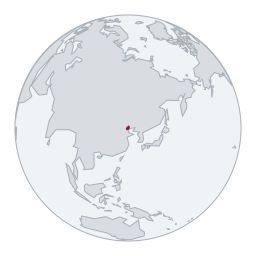 Tianjin on an orthographic globe, rotated 24°
{"feature_id": "CHN-1816", "entity_name": "Tianjin", "entity_type": "Municipality", "adm_level": 1, "iso_a3": "CHN", "parent_name": "China", "parent_adm1": "", "projection": "orthographic", "projection_center": [117.372, 39.408], "detail": "fine", "context": "on_globe", "style": "filled", "palette": "rose", "viewbox_px": 256, "rotation_deg": 24, "n_neighbors": 0, "source": "natural_earth", "source_scale": "10m", "svg_char_len": 11713}
<svg xmlns="http://www.w3.org/2000/svg" viewBox="0 0 256 256"><g transform="rotate(24 128 128)"><circle cx="128" cy="128" r="113" fill="#eef3f6" stroke="#a8b0b8"/><path d="M224.1,183.7L224.0,184.2L223.9,184.3L224.1,183.7ZM205.9,46.7L206.6,47.4L203.7,45.9L194.3,40.8L194.4,39.9L192.1,39.0L191.9,40.2L192.4,41.3L184.4,42.1L182.6,48.6L185.7,52.7L182.1,50.5L190.7,59.9L192.1,66.0L188.2,57.9L186.0,56.3L185.8,59.7L183.5,58.8L182.1,60.0L179.4,58.7L177.3,54.4L175.5,53.6L175.5,56.1L172.7,56.6L173.0,53.0L168.3,53.5L163.9,47.1L167.0,39.7L162.2,36.1L159.3,28.6L157.3,28.7L154.9,26.3L151.6,25.6L152.0,24.7L149.1,25.0L149.4,25.9L148.2,26.5L146.3,26.2L146.4,24.9L147.4,24.8L146.5,24.4L147.4,23.9L145.9,24.0L146.3,22.6L143.1,23.6L141.1,22.3L142.1,21.5L145.6,22.0L156.7,22.3L158.8,22.2L158.3,21.2L149.6,18.1L150.5,17.9L149.0,17.4L146.8,17.1L147.3,17.5L142.9,17.1L144.0,17.9L142.4,18.0L142.0,18.9L138.1,18.4L134.6,17.5L134.7,16.8L133.2,16.5L129.9,17.0L127.1,15.9L119.9,15.8L119.6,15.7L124.0,15.4L132.1,15.4L140.3,16.0L148.4,17.2L156.4,19.0L164.3,21.4L171.9,24.3L179.3,27.7L186.5,31.7L193.3,36.2L199.8,41.2L205.9,46.7ZM234.4,103.4L233.5,101.6L234.1,101.5L234.4,103.4ZM232.9,101.4L233.2,101.8L232.9,101.7L232.9,101.4ZM232.7,101.9L232.8,101.6L232.7,102.1L232.7,101.9ZM232.5,102.8L232.5,102.2L232.6,102.3L232.5,102.8ZM231.8,103.5L231.6,103.6L231.6,102.9L231.8,103.5ZM192.9,42.0L192.2,40.4L193.2,39.8L194.1,41.1L192.9,42.0ZM190.7,43.7L189.7,42.5L192.3,43.2L192.0,43.7L190.7,43.7ZM188.5,56.0L188.4,54.2L189.3,56.3L188.5,56.0ZM182.4,60.4L183.2,61.3L182.1,61.6L182.4,60.4ZM144.1,19.2L143.1,19.0L143.7,18.9L144.1,19.2ZM144.9,19.8L146.4,19.8L147.0,20.0L146.1,20.0L144.9,19.8ZM177.0,59.9L175.0,60.3L176.6,59.1L177.0,59.9ZM143.0,19.8L147.9,20.6L148.9,21.1L146.3,21.7L143.0,19.8ZM173.7,60.0L169.0,61.1L170.3,63.0L163.9,58.6L170.0,58.9L171.8,57.2L172.0,59.0L173.7,60.0ZM150.3,26.4L149.9,25.3L151.9,26.5L150.3,26.4ZM151.9,27.0L159.9,30.4L159.5,32.1L156.9,30.5L157.8,33.0L153.7,32.2L152.3,30.6L153.3,29.6L150.9,30.1L151.9,27.0ZM161.1,56.0L159.7,55.8L160.8,55.3L161.1,56.0ZM147.9,26.8L149.5,27.2L149.3,28.6L146.0,28.0L147.1,27.7L147.9,26.8ZM160.1,34.2L159.3,35.3L155.8,34.8L155.0,35.2L153.5,32.3L160.1,34.2ZM146.2,27.3L144.3,27.7L142.6,26.8L146.2,26.4L146.2,27.3ZM150.7,29.3L150.4,30.0L149.5,29.4L150.7,29.3ZM135.8,24.3L137.8,24.7L137.9,25.4L135.8,24.3ZM143.6,27.9L144.2,28.2L144.5,28.6L142.9,28.7L143.6,27.9ZM151.1,32.2L149.8,31.9L151.6,33.4L149.0,33.3L148.5,31.4L147.6,32.1L146.8,32.1L147.3,30.7L151.1,32.2ZM142.0,30.0L140.5,27.8L136.8,26.9L136.7,26.2L142.6,27.8L142.0,30.0ZM145.1,30.5L143.2,30.0L143.9,29.2L145.7,29.1L145.1,30.5ZM147.4,33.9L151.5,34.6L151.5,35.0L147.4,33.9ZM140.8,29.9L141.2,30.4L140.5,29.9L140.8,29.9ZM145.2,32.8L146.6,32.9L146.6,33.4L145.2,32.8ZM140.8,31.4L140.3,30.7L141.5,30.5L140.8,31.4ZM142.7,32.2L142.2,32.8L142.2,30.9L143.3,32.1L142.7,32.2ZM144.9,33.2L145.3,33.5L144.3,33.1L144.9,33.2ZM136.5,32.5L136.2,30.3L138.9,29.9L138.8,32.1L136.5,32.5ZM51.5,45.3L47.9,49.1L42.8,57.8L41.5,59.7L38.5,62.2L31.7,75.2L33.9,74.7L31.4,85.0L32.0,90.1L38.7,84.8L37.6,76.3L41.1,71.5L44.8,75.4L46.3,83.4L47.6,81.8L49.7,74.3L53.2,74.0L50.8,71.6L49.5,74.2L48.0,72.9L49.1,70.6L50.3,70.4L50.7,67.7L45.1,69.4L43.1,72.2L42.3,67.2L39.0,71.5L37.7,71.4L42.9,64.2L44.7,62.8L51.8,53.4L49.8,54.3L43.0,63.4L43.7,61.6L40.9,63.4L43.6,60.7L51.6,50.9L53.0,47.1L49.4,47.8L51.3,45.6L55.3,41.9L62.0,37.3L57.0,42.8L59.3,41.6L64.9,37.6L62.9,39.8L64.6,38.9L63.1,41.1L65.6,41.9L64.8,44.0L70.1,42.4L70.4,43.4L67.2,44.0L64.5,45.7L63.1,51.6L64.1,52.2L67.6,50.8L66.8,52.8L70.4,50.7L71.8,53.7L73.2,48.4L77.5,47.0L80.6,48.0L82.3,46.7L77.1,45.2L74.8,45.5L72.4,47.2L66.4,47.8L66.0,46.3L73.3,42.4L73.5,39.9L79.1,38.4L89.5,42.8L91.7,45.9L86.0,54.1L83.0,54.0L83.6,51.0L79.1,55.2L81.3,54.2L80.6,55.9L84.5,55.5L84.2,56.7L88.5,54.2L88.5,55.7L85.8,57.3L91.6,58.3L92.9,61.4L94.3,61.0L95.5,59.8L96.3,64.8L97.4,64.3L97.5,62.5L99.7,60.4L103.8,58.9L103.9,60.7L102.4,61.5L99.4,66.1L95.4,68.2L95.9,68.8L99.3,67.5L103.0,61.8L105.4,60.4L104.1,63.1L104.8,62.0L106.0,61.8L107.3,63.5L109.0,60.6L122.6,57.8L126.4,61.1L123.7,63.6L133.3,64.5L136.9,68.7L137.0,66.9L141.7,66.4L140.6,65.1L141.0,64.2L152.5,63.3L155.3,64.7L160.3,62.8L160.4,62.0L158.7,60.8L163.9,58.6L170.3,63.0L169.8,64.7L174.2,66.6L172.5,70.2L173.1,74.3L168.8,77.6L169.7,80.8L171.3,81.2L173.6,86.1L173.0,95.1L166.5,85.9L166.0,73.2L165.6,78.0L163.6,76.5L162.1,78.0L162.0,81.6L163.3,82.3L152.3,86.8L147.8,96.3L153.3,96.1L156.1,99.2L155.7,111.2L143.3,126.5L146.9,131.9L146.7,135.3L142.7,137.1L142.9,132.2L139.3,130.1L140.0,127.2L133.6,128.9L134.3,124.8L129.0,128.4L130.4,131.8L135.8,131.6L130.9,136.8L135.6,142.9L135.5,149.7L125.3,160.2L116.0,162.4L115.3,164.3L111.9,161.4L106.9,164.5L112.7,176.7L112.3,179.7L104.4,184.1L104.4,181.8L95.5,174.2L93.4,181.1L100.1,188.6L102.4,195.7L97.0,192.5L94.7,186.0L91.6,183.2L92.8,177.2L90.8,166.9L85.4,167.1L86.1,163.3L82.5,153.6L75.0,153.5L62.7,159.0L60.5,168.1L56.5,170.3L53.0,153.6L54.2,143.6L51.2,142.6L48.9,131.3L40.2,122.4L40.4,119.3L38.4,118.6L37.1,113.2L38.2,108.2L36.7,106.3L34.3,119.6L36.1,121.7L39.7,120.4L38.6,124.3L40.0,130.4L32.9,134.2L22.4,128.3L24.0,120.9L29.4,95.0L30.7,93.6L30.8,93.3L31.0,92.8L28.9,94.8L30.7,90.1L25.0,106.3L22.9,112.1L22.2,128.5L21.6,128.8L22.2,133.1L27.2,138.0L26.6,140.1L22.7,146.4L18.1,149.7L20.2,160.2L21.9,165.9L19.5,158.1L17.6,150.1L16.2,142.0L15.5,133.8L15.4,125.6L15.9,117.4L16.9,109.2L18.6,101.2L20.8,93.3L23.7,85.6L27.0,78.1L30.9,70.9L35.4,63.9L40.3,57.3L45.7,51.1L51.5,45.3ZM45.1,96.0L47.7,100.8L51.2,94.4L52.4,95.8L53.1,93.2L51.4,93.9L53.8,87.2L56.5,88.0L58.6,85.7L57.8,84.0L52.3,83.7L48.9,93.1L46.3,93.9L45.1,96.0ZM121.0,15.6L119.8,15.7L120.3,15.6L121.0,15.6ZM75.2,33.2L73.2,34.5L71.6,34.7L72.7,32.8L75.0,32.3L75.2,33.2ZM70.8,36.4L77.8,33.5L77.4,34.9L76.4,34.5L75.5,35.7L73.7,35.6L66.5,40.0L64.6,40.5L67.6,36.1L67.7,37.1L69.6,35.7L70.8,36.4ZM96.2,26.1L99.2,25.6L94.5,29.1L92.2,29.3L93.1,27.2L96.3,25.7L96.2,26.1ZM137.4,20.9L138.9,20.9L138.8,21.2L137.6,21.4L137.4,20.9ZM136.8,24.4L131.0,21.3L132.4,21.1L127.4,19.9L129.1,18.9L132.3,19.7L129.8,18.2L133.3,18.5L131.3,17.6L138.2,19.4L141.3,19.9L137.2,19.7L135.6,20.5L135.8,21.0L138.7,22.8L144.6,24.5L143.9,25.8L141.9,26.3L140.4,26.1L141.3,25.2L138.6,25.6L138.8,24.3L136.8,24.4ZM118.5,34.9L120.2,33.4L114.9,35.1L115.0,33.3L114.4,33.6L113.0,32.4L110.3,31.7L110.9,30.8L109.6,30.9L108.7,30.3L107.1,30.1L107.6,28.7L105.7,28.5L107.0,27.9L103.6,28.0L106.4,27.3L105.5,26.6L103.2,27.6L109.9,21.5L110.5,19.8L109.5,18.9L114.4,18.3L118.5,18.8L121.4,20.4L120.1,22.2L122.6,21.7L122.7,22.6L120.7,22.6L123.8,23.0L123.4,23.8L126.0,25.9L130.8,26.4L131.9,27.3L129.8,27.5L132.3,28.3L129.1,29.3L129.8,30.0L127.4,31.9L122.9,32.0L124.0,32.9L122.2,34.5L118.5,34.9ZM135.7,33.0L130.4,33.3L127.8,32.5L133.1,29.6L133.0,28.8L136.3,27.2L139.9,28.5L138.6,28.8L138.2,29.4L137.2,28.7L137.7,29.7L136.0,30.3L135.8,31.2L134.1,31.0L135.7,33.0ZM42.3,59.9L41.8,61.1L41.4,62.6L39.7,63.9L42.3,59.9ZM47.7,53.2L47.5,53.9L44.8,56.2L45.4,55.0L47.7,53.2ZM49.7,52.5L47.7,53.8L49.1,52.4L49.7,52.5ZM67.3,44.6L67.3,45.4L66.5,45.9L65.4,46.0L67.3,44.6ZM102.7,40.4L104.1,39.4L104.7,39.6L108.6,38.6L108.9,40.1L106.5,41.2L102.7,40.4ZM37.2,84.5L35.7,84.4L36.2,82.9L36.6,83.3L37.2,84.5ZM36.7,73.5L35.8,76.8L36.3,73.8L36.7,73.5ZM103.6,41.7L105.2,41.1L104.3,42.2L103.6,41.7ZM109.2,41.1L108.5,42.3L109.3,40.1L109.2,41.1ZM25.9,175.6L24.6,172.5L25.8,174.0L25.7,172.2L28.0,177.9L30.8,185.0L25.9,175.6ZM131.1,212.9L134.6,213.4L134.5,213.7L131.1,212.9ZM127.4,211.5L131.4,211.8L126.8,212.3L127.4,211.5ZM133.0,211.9L137.0,211.3L138.8,210.7L138.5,211.5L133.0,211.9ZM124.8,211.4L110.4,209.7L104.7,207.8L106.0,206.7L115.1,208.4L124.8,211.4ZM105.6,206.6L97.0,200.9L85.9,185.7L89.8,187.0L101.6,197.4L100.9,198.5L106.0,202.7L105.6,206.6ZM126.4,201.7L125.6,205.4L117.6,204.4L114.0,203.3L111.5,198.1L112.9,195.8L115.8,196.2L127.5,188.5L131.5,191.0L127.9,194.5L131.2,198.1L126.4,201.7ZM60.9,169.3L62.6,175.9L60.5,175.7L60.9,169.3ZM132.5,182.3L127.6,186.1L132.1,180.9L132.5,182.3ZM135.3,177.2L135.5,179.3L133.6,177.2L135.3,177.2ZM114.9,167.4L111.8,167.4L111.8,165.8L115.9,164.8L114.9,167.4ZM135.3,155.3L134.9,160.1L134.2,161.6L132.9,158.7L135.3,155.3ZM107.7,54.6L101.9,54.2L97.9,55.2L95.8,57.7L96.2,54.2L102.5,52.6L107.7,54.6ZM120.7,57.1L122.5,55.2L123.4,56.3L123.1,56.9L120.7,57.1ZM120.6,55.8L119.7,53.0L121.7,52.1L122.1,54.5L120.6,55.8ZM111.4,46.8L109.7,46.6L110.4,45.7L111.4,46.8ZM167.2,233.4L167.3,232.9L171.8,231.3L169.7,232.5L167.2,233.4ZM151.2,232.6L129.1,236.5L124.2,236.0L125.4,234.9L120.9,230.4L122.5,230.6L121.4,227.2L134.4,224.5L143.8,218.0L151.1,218.0L156.6,212.6L164.1,212.0L161.9,216.2L169.7,217.3L175.0,207.7L179.7,215.4L185.3,216.4L186.7,219.9L176.2,228.7L170.3,231.4L169.3,231.4L166.8,232.5L163.1,233.4L161.1,232.3L158.6,233.3L161.0,231.5L157.5,233.4L155.6,232.5L151.2,232.6ZM204.9,204.0L206.0,203.6L207.6,203.6L205.9,204.5L204.9,204.0ZM221.4,187.8L221.8,187.9L220.7,189.1L221.4,187.8ZM223.9,184.3L222.6,185.9L224.1,183.7L223.9,184.3ZM210.8,196.2L211.3,196.3L210.9,196.8L210.8,196.2ZM210.4,196.3L211.0,195.1L210.9,195.9L210.4,196.3ZM205.3,194.6L206.0,193.8L206.3,194.0L205.3,194.6ZM139.8,213.4L144.6,210.7L147.3,210.4L139.8,213.4ZM204.4,194.0L202.7,194.7L202.9,194.2L204.4,194.0ZM204.5,192.8L204.3,192.2L205.3,193.3L204.5,192.8ZM201.3,192.6L203.3,193.0L201.0,192.9L201.3,192.6ZM200.1,193.3L198.6,193.3L198.7,193.1L200.1,193.3ZM183.3,199.9L188.8,202.7L184.3,203.9L179.3,202.5L175.4,205.9L166.6,207.1L168.6,205.2L167.4,202.8L158.2,202.9L156.4,201.4L159.6,199.9L153.6,199.0L160.2,197.7L162.9,201.0L166.6,197.7L173.1,197.4L179.4,197.3L184.5,198.6L183.3,199.9ZM160.3,205.4L161.4,205.3L160.4,206.4L160.3,205.4ZM195.7,192.6L197.9,193.4L197.6,193.9L196.6,194.0L195.7,192.6ZM185.6,197.7L191.1,193.3L192.4,193.0L188.8,197.3L185.6,197.7ZM189.8,191.9L192.3,191.5L193.6,192.7L193.1,193.3L189.8,191.9ZM146.8,203.1L146.6,204.1L144.9,203.4L146.8,203.1ZM149.0,202.5L154.2,203.2L148.5,203.3L149.0,202.5ZM133.5,199.1L135.0,201.5L139.7,200.1L136.1,202.2L139.3,206.0L138.3,207.4L135.1,203.3L134.0,207.5L131.9,207.3L130.7,203.7L132.8,199.2L134.9,197.4L143.4,196.7L133.5,199.1ZM149.0,199.6L147.6,196.9L148.6,194.9L150.1,196.4L149.0,199.6ZM143.7,190.0L140.1,186.6L136.9,187.8L143.5,183.0L145.8,187.1L143.7,190.0ZM140.8,182.4L137.7,183.5L140.9,180.7L140.8,182.4ZM136.9,182.3L136.7,179.8L139.1,180.2L136.9,182.3ZM142.3,182.5L143.0,178.3L144.2,180.8L142.3,182.5ZM135.8,174.1L140.8,178.4L134.2,176.5L134.2,168.1L137.1,168.0L135.8,174.1ZM153.6,138.9L153.0,136.3L155.7,135.7L155.3,137.6L153.6,138.9ZM163.8,131.8L156.2,134.7L150.0,137.2L151.8,138.3L150.2,142.8L147.6,138.7L152.1,133.8L156.8,132.7L157.7,128.9L161.2,126.2L160.8,121.6L162.4,119.5L164.2,123.5L163.8,131.8ZM160.4,119.6L160.8,111.4L165.7,112.3L166.7,114.3L164.5,117.6L162.0,116.9L160.4,119.6ZM162.4,109.7L160.0,109.1L155.7,97.2L156.0,94.9L161.9,104.1L160.0,104.0L160.2,106.9L162.4,109.7ZM160.0,56.8L159.7,55.9L160.8,56.6L160.0,56.8ZM140.3,63.5L141.1,62.5L142.4,63.2L140.3,63.5ZM143.9,60.0L141.9,59.9L143.9,59.3L143.9,60.0ZM137.4,59.9L141.1,59.5L137.6,61.0L137.4,59.9Z" fill="#d9dde1" stroke="#a8b0b8" stroke-width="1"/><path d="M129.0,128.4L128.9,128.4L128.7,128.5L128.6,128.8L128.3,129.2L128.3,129.4L128.3,129.5L128.1,129.6L127.8,129.7L127.7,129.6L127.5,129.4L127.3,129.4L127.2,129.4L127.1,129.2L126.9,129.0L126.9,128.9L127.0,128.8L127.3,128.6L127.2,128.5L127.2,128.4L127.2,128.2L127.2,127.9L127.1,127.7L127.3,127.4L127.3,127.5L127.5,127.5L127.7,127.4L127.7,127.2L127.8,127.2L127.7,127.1L127.7,126.9L127.8,126.8L127.8,126.7L128.0,126.5L128.0,126.4L128.3,126.5L128.5,126.7L128.6,126.8L128.4,126.9L128.2,126.8L128.2,127.0L128.2,127.3L128.3,127.3L128.3,127.5L128.5,127.7L128.5,127.8L128.5,127.7L128.8,127.7L128.8,127.8L128.8,128.0L129.0,128.1L129.0,128.3L129.0,128.4Z" fill="#f43f5e" stroke="#9f1239" stroke-width="1.5"/></g></svg>